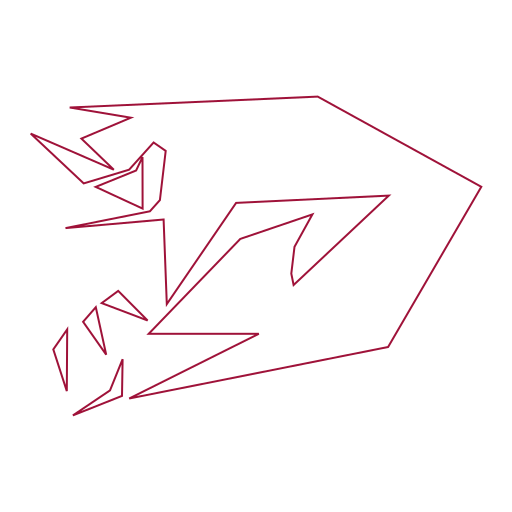 Hordaland, Robinson projection
{"feature_id": "NOR-913", "entity_name": "Hordaland", "entity_type": "County", "adm_level": 1, "iso_a3": "NOR", "parent_name": "Norway", "parent_adm1": "", "projection": "robinson", "projection_center": [5.687, 60.257], "detail": "coarse", "context": "isolated", "style": "outline", "palette": "rose", "viewbox_px": 512, "rotation_deg": 0, "n_neighbors": 0, "source": "natural_earth", "source_scale": "10m", "svg_char_len": 716}
<svg xmlns="http://www.w3.org/2000/svg" viewBox="0 0 512 512"><path d="M129.2,398.5L258.8,333.8L148.7,333.8L240.3,238.9L312.4,214.4L294.5,246.8L291.3,273.6L293.6,285.0L388.8,195.6L236.1,202.9L166.8,304.1L163.6,219.5L65.5,228.1L149.9,211.3L159.9,200.1L165.7,150.9L153.6,142.5L129.1,169.7L83.7,183.4L30.7,133.6L113.8,169.7L81.4,138.6L130.8,117.7L69.7,107.5L317.7,96.6L481.3,186.8L388.1,347.0L129.2,398.5ZM142.5,157.1L142.6,208.6L95.7,186.9L136.1,170.5L142.5,157.1ZM72.9,415.4L110.0,390.4L122.6,359.2L122.0,395.9L72.9,415.4ZM95.8,307.2L106.2,354.7L83.1,321.8L95.8,307.2ZM118.2,290.9L147.6,320.5L101.7,303.1L118.2,290.9ZM67.2,329.4L66.8,391.1L53.3,349.4L67.2,329.4Z" fill="none" stroke="#9f1239" stroke-width="2"/></svg>